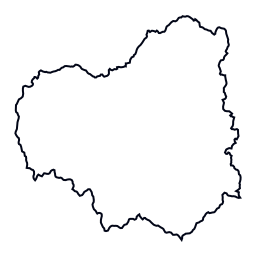 Bannach, Pará, Brazil
{"feature_id": "56859067B96569332743407", "entity_name": "Bannach", "entity_type": "district", "adm_level": 2, "iso_a3": "BRA", "parent_name": "Brazil", "parent_adm1": "Pará", "projection": "robinson", "projection_center": [-50.626, -7.48], "detail": "fine", "context": "isolated", "style": "outline", "palette": "ink", "viewbox_px": 256, "rotation_deg": 0, "n_neighbors": 0, "source": "geoboundaries", "source_scale": "gbopen_adm2", "svg_char_len": 5744}
<svg xmlns="http://www.w3.org/2000/svg" viewBox="0 0 256 256"><path d="M182.6,16.2L181.2,17.5L180.2,17.4L178.7,17.9L176.9,20.5L175.5,21.3L173.2,21.0L171.4,22.2L168.7,25.2L167.4,25.9L166.5,26.9L165.8,29.2L165.3,30.6L164.4,31.7L162.7,31.8L160.0,33.1L158.8,33.0L158.0,31.6L156.8,30.6L155.5,31.8L154.3,31.2L152.7,30.8L151.7,30.8L150.0,32.0L148.8,30.6L147.7,30.8L147.2,33.0L146.5,34.7L147.0,36.2L146.5,37.5L144.6,38.9L142.3,42.6L140.5,45.0L139.2,46.1L138.2,47.2L137.3,48.5L136.6,50.2L136.1,52.2L135.3,54.1L133.9,55.1L133.6,56.5L131.6,57.4L131.0,58.6L130.3,59.4L129.8,62.7L128.2,63.0L126.8,63.4L125.8,63.4L125.8,66.4L124.8,66.2L123.9,66.8L122.5,67.1L120.9,67.3L118.7,66.9L117.0,67.2L117.3,68.7L116.2,69.3L114.4,69.1L112.4,70.3L111.1,70.0L109.8,68.9L108.8,70.1L108.9,72.0L108.9,73.9L108.2,75.0L107.2,75.8L104.2,76.7L103.1,75.7L102.3,74.5L100.7,74.6L100.1,75.8L97.2,76.4L96.2,77.4L94.9,77.5L93.9,76.6L92.9,76.4L89.9,74.0L88.7,73.7L87.7,72.9L86.9,71.7L85.9,70.4L84.6,70.1L82.0,69.0L81.1,68.0L80.5,66.9L79.5,66.0L78.2,65.2L76.8,64.8L75.4,64.7L74.3,65.9L72.9,66.7L71.8,66.4L70.8,66.7L69.4,66.4L66.1,66.0L64.6,66.2L63.3,67.3L61.9,67.7L60.5,68.8L59.6,69.9L58.0,69.9L56.6,70.7L55.3,71.2L53.6,71.5L52.3,71.9L50.4,72.7L47.6,72.4L46.2,71.8L45.2,72.1L42.9,71.5L40.9,70.4L39.6,71.2L38.8,72.2L39.2,74.4L38.3,75.8L38.1,77.7L37.2,78.6L35.7,77.1L34.5,77.0L34.0,78.2L32.8,79.3L32.0,80.5L31.7,82.2L32.9,83.5L32.9,84.7L32.1,85.7L30.2,86.7L28.6,86.9L25.3,85.8L23.3,86.6L22.9,88.4L22.9,90.9L23.2,93.7L22.7,96.6L20.9,98.3L18.9,99.4L16.8,104.0L16.0,105.0L15.8,110.4L16.1,112.0L17.5,113.2L17.9,114.7L18.9,116.6L18.6,118.6L18.0,120.4L17.5,122.3L16.9,129.0L15.7,131.8L15.4,133.4L16.3,135.3L17.8,137.4L18.8,138.1L19.1,139.9L18.7,141.8L18.6,143.0L19.0,144.1L20.4,144.8L21.1,146.6L22.1,151.4L24.3,152.6L24.8,155.9L26.0,156.7L26.2,158.2L26.1,160.0L26.5,161.5L27.1,162.9L27.2,164.9L26.7,167.9L28.2,168.1L29.6,168.1L31.6,169.6L32.9,169.9L34.0,171.4L34.1,174.2L33.4,176.1L33.5,177.8L34.0,179.0L35.1,180.3L36.0,179.1L37.4,175.7L38.4,174.6L40.3,175.7L41.9,176.3L44.1,173.3L45.1,173.4L46.7,173.8L48.2,173.9L49.6,173.3L50.9,171.0L52.0,170.2L53.4,169.7L54.5,170.2L54.6,172.1L55.0,173.4L55.2,175.4L55.6,176.6L56.6,177.3L59.1,177.9L60.7,177.6L61.9,178.2L62.9,179.4L63.8,180.0L65.8,180.1L67.1,179.6L69.1,179.3L70.4,179.4L71.8,180.1L72.6,181.6L72.7,183.4L73.5,184.5L73.7,186.1L73.1,187.7L72.4,189.2L73.7,190.0L74.7,191.1L76.6,191.6L77.4,192.4L78.2,193.9L79.8,195.8L82.1,195.1L83.0,194.1L84.3,191.9L87.2,190.2L87.9,189.4L89.0,189.2L90.0,189.4L91.7,192.2L92.3,195.4L93.3,196.5L93.8,200.0L93.7,202.0L93.0,203.2L92.5,204.5L92.9,206.6L93.9,209.2L95.4,210.6L96.1,211.5L96.6,212.7L97.3,213.6L98.3,213.0L99.3,212.9L100.6,213.2L101.7,214.2L101.8,216.1L101.3,218.0L100.9,220.1L100.9,222.6L102.9,227.0L104.2,228.4L104.6,230.7L106.0,231.1L107.9,230.6L108.7,229.2L109.1,228.2L110.2,226.8L111.3,226.0L112.2,225.7L114.5,225.9L115.8,225.8L117.3,226.0L118.4,226.7L119.5,227.6L120.7,228.1L122.0,228.0L123.4,226.0L124.3,224.9L126.7,224.2L128.3,221.7L129.0,219.4L130.0,218.9L133.2,218.9L134.5,219.7L135.9,219.1L136.5,218.1L136.7,216.7L138.2,215.1L139.3,214.4L139.8,216.1L141.7,218.5L142.7,219.4L144.2,217.9L145.2,218.0L146.0,218.9L147.6,219.8L148.9,220.3L150.0,221.1L151.2,222.4L153.7,224.7L155.5,225.5L156.8,225.8L158.0,225.5L160.5,227.2L162.5,228.3L163.4,229.0L164.3,230.7L165.3,232.3L166.6,232.7L169.2,232.1L171.1,232.6L173.0,234.8L174.4,234.8L176.7,234.5L177.8,235.1L178.8,236.1L181.6,239.9L182.2,238.1L182.1,237.0L182.5,235.9L183.5,235.0L184.6,234.5L185.6,233.7L189.8,233.3L192.1,231.6L192.8,230.2L194.3,228.9L195.1,227.2L196.5,223.2L199.0,222.4L200.4,221.4L202.1,220.7L202.9,219.9L203.3,217.6L204.9,215.7L205.5,214.4L206.8,213.0L208.3,212.2L209.3,213.1L210.8,212.9L212.3,212.5L214.0,212.3L215.0,211.6L217.0,208.7L219.1,207.6L220.0,205.2L220.9,204.5L222.0,204.2L222.7,203.2L223.1,201.5L222.6,200.0L222.7,197.2L222.4,194.9L224.5,192.7L226.6,193.4L227.7,195.2L228.7,195.7L230.4,195.9L232.0,196.3L233.5,196.2L235.3,196.5L237.0,197.4L238.6,197.9L240.2,197.7L238.9,195.8L238.6,193.6L238.9,192.3L236.2,191.1L238.1,189.9L239.9,188.3L239.7,186.4L239.9,184.4L239.4,183.3L240.0,181.7L240.5,179.5L240.6,177.2L240.2,175.3L239.0,174.3L238.8,173.1L238.6,171.3L237.5,169.9L236.2,169.7L234.4,168.2L234.1,166.8L232.8,165.5L231.0,165.4L230.7,164.0L231.3,162.7L231.2,161.4L231.4,159.5L231.0,157.8L231.6,155.8L230.6,155.3L229.4,152.9L228.3,152.5L227.4,153.8L226.2,153.9L225.0,152.5L226.2,149.6L227.3,148.9L229.2,148.1L231.5,148.5L232.0,146.0L233.6,144.0L235.7,142.9L234.8,141.5L234.5,139.6L235.3,138.7L236.8,139.3L238.5,136.1L238.1,133.5L238.0,129.9L236.9,129.1L234.6,129.7L233.4,129.2L231.8,129.1L231.1,128.3L231.7,127.3L232.5,126.4L233.1,124.6L233.2,121.2L234.2,117.4L232.9,117.0L232.0,116.3L230.9,116.3L230.2,115.4L231.4,114.6L232.1,113.6L229.3,111.3L226.6,111.2L224.9,110.8L224.0,109.9L223.2,109.0L223.1,106.5L224.0,102.8L222.6,99.8L224.9,99.0L225.8,98.0L226.2,96.4L225.6,95.5L224.8,92.9L223.8,92.0L223.9,89.5L223.8,88.1L225.9,85.2L226.5,83.8L226.4,82.2L225.8,79.9L225.2,76.4L225.2,75.3L224.1,75.3L222.9,75.0L221.9,74.5L220.7,74.7L219.9,73.8L220.8,71.4L219.6,67.8L218.9,66.5L218.7,65.3L219.6,62.5L220.8,60.4L223.2,59.9L223.9,58.8L224.0,57.6L224.6,56.3L226.6,54.3L227.4,53.3L226.5,52.6L225.7,51.4L226.1,50.3L226.9,49.2L227.7,46.9L228.6,45.8L228.8,44.6L228.1,42.4L228.0,41.1L228.2,39.5L226.3,33.7L225.9,30.7L225.2,29.6L224.1,28.7L221.3,28.2L219.4,27.3L218.2,27.5L217.3,28.3L216.5,29.6L215.4,32.3L215.3,33.8L214.2,34.6L212.1,33.0L210.6,30.8L209.5,30.7L208.2,30.4L206.7,29.6L204.6,29.1L203.8,28.3L202.6,27.4L200.1,26.8L199.7,25.4L199.3,22.6L197.5,21.3L196.2,19.8L195.2,19.2L194.9,20.3L193.6,20.6L193.0,19.5L189.6,17.0L188.2,16.3L186.9,16.1L185.6,16.6L184.1,16.6L182.6,16.2Z" fill="none" stroke="#020617" stroke-width="2"/></svg>